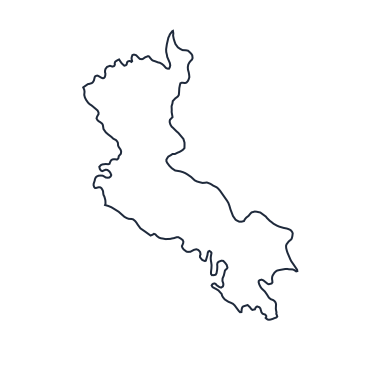 outline of Beshankovichy, Vitebsk, Belarus, rotated 55°
{"feature_id": "67162791B20127655381780", "entity_name": "Beshankovichy", "entity_type": "district", "adm_level": 2, "iso_a3": "BLR", "parent_name": "Belarus", "parent_adm1": "Vitebsk", "projection": "robinson", "projection_center": [29.528, 55.058], "detail": "fine", "context": "isolated", "style": "outline", "palette": "slate", "viewbox_px": 384, "rotation_deg": 55, "n_neighbors": 0, "source": "geoboundaries", "source_scale": "gbopen_adm2", "svg_char_len": 6010}
<svg xmlns="http://www.w3.org/2000/svg" viewBox="0 0 384 384"><g transform="rotate(55 192 192)"><path d="M273.9,137.6L270.4,140.4L268.3,141.7L264.8,143.4L262.0,144.2L260.3,144.8L256.4,145.5L254.5,145.6L248.0,147.8L245.2,150.4L244.0,151.8L242.9,154.9L243.2,156.6L244.0,159.4L244.1,162.2L244.7,164.4L245.6,166.1L244.7,168.5L243.3,170.4L240.9,171.7L239.7,172.2L235.2,172.2L228.4,170.5L224.9,169.3L221.9,168.5L219.3,168.3L207.1,168.3L204.2,168.6L202.3,169.1L198.7,171.1L197.3,171.6L195.8,172.3L194.4,173.2L192.7,174.4L191.8,176.2L190.6,178.2L188.3,180.2L186.2,181.9L184.0,183.1L179.2,184.1L174.9,185.7L172.7,186.7L170.6,188.0L168.3,189.8L164.7,193.5L161.0,194.9L157.6,195.5L153.8,195.6L152.1,195.3L150.8,194.4L150.0,192.7L149.4,191.1L149.7,188.1L149.7,186.2L151.1,184.1L151.5,181.3L152.0,179.2L152.2,177.0L152.2,175.1L151.7,173.0L148.7,170.8L147.2,169.8L143.6,168.6L135.7,169.3L133.4,169.9L128.3,170.8L126.8,171.2L124.3,171.0L122.2,170.3L121.1,169.6L120.2,168.6L119.5,165.0L114.8,162.8L113.4,161.7L110.0,159.5L108.3,157.3L106.5,155.6L105.7,151.9L105.7,150.3L105.6,148.7L104.9,147.1L102.9,145.4L99.6,142.8L97.5,140.6L96.3,139.2L96.6,137.7L97.5,136.6L98.7,135.3L99.2,133.8L98.7,131.7L97.8,130.1L96.4,128.3L94.3,127.1L92.2,126.1L89.4,125.1L87.3,123.8L85.5,122.0L84.4,119.9L83.8,117.8L83.5,116.0L82.6,114.7L80.2,113.4L78.7,113.3L76.6,113.6L74.0,114.2L72.6,115.5L70.3,118.4L68.0,119.6L65.4,120.6L61.4,120.7L58.8,120.0L56.0,119.1L53.1,117.8L51.3,116.3L49.1,115.2L49.0,116.0L49.4,117.2L50.2,119.8L51.0,120.9L52.0,122.8L56.6,127.9L60.2,131.3L62.5,132.8L65.5,134.0L67.1,134.8L73.7,136.2L75.8,137.2L77.1,138.7L77.8,140.1L76.8,141.4L75.4,142.2L71.9,142.6L69.8,143.2L67.6,144.3L66.5,145.4L63.8,147.2L62.0,148.6L60.8,149.1L57.9,149.4L56.5,149.4L55.5,150.1L55.3,151.1L54.8,153.0L54.8,155.9L54.5,156.8L53.2,158.3L52.2,158.6L48.0,159.3L46.6,160.3L46.0,161.1L45.7,162.3L47.0,164.1L48.2,165.1L50.5,166.0L50.7,167.0L49.3,167.6L48.8,168.1L48.3,169.5L48.5,170.7L50.1,172.5L50.2,173.5L49.7,175.0L48.1,175.4L46.1,175.8L43.7,175.8L41.6,175.7L41.5,176.3L41.3,177.6L41.2,179.6L41.3,180.3L42.2,181.5L43.4,182.1L44.1,183.3L44.1,183.9L43.6,185.3L41.6,186.8L40.8,189.8L41.2,191.1L41.6,192.3L42.6,193.5L43.9,194.5L45.3,195.0L46.7,196.1L47.8,197.5L48.1,198.5L47.8,199.7L46.6,200.6L44.0,201.8L42.5,202.6L42.0,203.5L41.7,204.8L42.1,205.8L44.3,208.3L45.0,209.7L45.3,210.8L45.3,211.7L44.5,214.2L44.0,215.1L43.9,215.8L43.9,217.3L43.9,218.7L43.9,221.1L46.4,221.6L48.2,222.5L50.7,224.6L53.1,225.5L55.8,225.9L59.2,225.9L61.3,225.5L63.5,224.6L68.7,223.2L71.1,222.6L73.3,223.0L74.6,223.9L75.3,225.5L76.0,226.8L77.0,228.0L78.8,228.2L80.4,227.9L82.2,227.1L84.5,226.4L86.0,226.6L89.7,228.4L93.7,228.4L96.6,227.7L100.7,226.4L103.2,225.9L105.8,224.5L107.7,224.3L109.2,224.5L111.6,225.9L113.1,226.2L116.2,226.2L118.0,226.7L119.0,227.5L119.9,228.4L120.6,231.4L122.1,232.9L122.4,234.0L122.4,234.9L121.7,235.5L120.4,237.1L119.7,238.5L119.6,239.8L120.0,240.9L120.6,242.0L121.6,243.4L121.2,244.7L119.6,246.6L118.0,249.6L117.7,251.2L118.2,253.5L120.3,254.3L122.1,254.3L123.4,253.6L123.6,253.0L123.8,251.7L124.3,249.8L125.5,248.6L127.8,247.9L129.5,247.9L131.8,248.4L132.6,249.7L132.7,251.5L132.0,252.8L130.7,254.3L128.1,255.4L127.3,255.9L126.2,257.3L125.1,259.1L124.7,260.8L124.8,262.4L125.8,264.1L126.8,265.1L128.9,267.9L130.1,268.8L131.9,269.3L133.2,269.1L133.8,268.0L134.2,266.7L134.7,265.5L135.7,264.4L136.9,264.0L138.8,264.1L140.3,264.4L142.8,265.8L143.8,266.2L145.4,266.4L146.9,266.9L148.8,267.6L149.9,268.2L152.0,269.6L152.8,270.7L155.4,268.6L158.2,266.8L160.7,265.7L166.1,263.4L173.6,261.6L176.0,260.4L177.7,259.2L179.5,256.9L180.7,255.9L183.3,255.2L185.4,255.1L187.5,255.2L192.2,255.1L197.3,253.2L203.9,250.9L204.4,248.7L204.4,247.2L205.7,246.3L208.0,246.0L210.6,245.1L212.1,244.0L213.4,242.6L215.4,240.7L218.0,236.6L218.5,235.2L219.5,233.1L219.7,232.3L220.3,230.4L221.2,229.1L223.8,227.9L226.0,227.2L227.6,227.5L228.7,228.4L229.8,230.0L230.5,231.3L232.0,231.8L234.2,231.8L237.7,230.7L238.6,229.8L240.0,227.7L240.2,226.1L240.5,223.6L241.4,221.3L242.9,220.2L244.2,219.9L245.9,219.8L248.0,220.8L248.7,221.9L249.9,222.8L251.3,222.8L253.5,222.6L254.7,221.9L256.0,221.0L256.2,220.1L252.6,215.6L250.9,214.0L250.1,212.7L250.3,211.5L252.1,210.9L253.1,211.0L255.8,213.7L257.2,214.8L259.3,216.0L260.8,216.7L263.1,217.9L265.7,219.9L268.5,222.4L270.0,223.4L271.5,223.4L272.6,221.9L273.3,220.1L272.6,218.5L270.0,215.9L267.7,214.1L265.6,212.8L264.7,211.7L264.4,210.4L264.7,208.9L265.2,207.2L266.4,205.9L269.1,205.5L271.6,205.4L274.2,206.3L274.7,207.0L275.2,210.0L277.2,212.2L278.7,213.9L280.3,216.5L282.3,218.1L284.8,218.8L286.1,219.6L287.1,220.9L287.0,223.0L285.6,224.1L283.7,224.8L282.4,225.3L281.1,225.3L279.9,225.9L279.3,227.2L279.3,228.4L279.8,229.5L281.3,229.7L282.2,229.5L285.5,227.8L287.8,226.8L292.6,226.2L294.1,226.8L296.0,227.0L298.7,226.8L301.0,225.9L302.9,225.1L304.7,223.9L307.0,222.6L309.3,222.1L316.3,221.9L318.0,221.6L318.7,220.4L316.4,218.4L315.3,217.0L315.1,215.7L315.5,214.4L316.5,211.3L319.7,210.6L321.6,210.6L323.2,210.2L324.2,207.8L323.1,206.0L323.1,204.3L325.1,202.9L326.6,202.8L330.4,204.1L332.2,204.0L334.5,202.3L336.2,202.3L337.1,203.0L337.4,203.9L338.5,203.7L339.5,203.3L340.1,203.0L340.8,202.2L341.5,200.9L342.3,198.5L342.4,197.7L343.2,194.8L342.9,193.6L341.1,193.0L340.2,192.9L339.0,191.8L337.1,191.0L335.6,190.2L334.3,189.2L332.1,187.5L330.3,186.9L328.6,187.0L327.1,187.5L324.9,189.0L322.6,189.6L318.8,189.4L315.3,189.4L310.9,190.3L308.9,190.3L306.3,189.9L304.2,189.2L303.2,188.4L303.0,187.3L303.7,185.3L305.4,184.2L310.6,182.7L311.6,182.0L312.6,179.3L312.2,178.0L310.9,177.2L309.1,176.3L307.6,175.1L306.7,173.9L305.4,170.8L305.1,168.5L305.2,167.3L306.0,165.3L308.5,159.9L309.6,158.2L311.0,156.8L313.1,154.0L314.6,153.0L316.8,152.2L317.2,151.1L316.0,150.5L310.0,150.4L305.7,150.4L303.6,150.1L296.5,148.6L294.5,148.0L291.9,147.0L290.0,145.8L289.1,144.6L288.0,141.2L287.7,137.8L287.1,136.7L285.7,135.1L283.6,133.2L282.3,132.9L281.2,132.9L279.7,133.1L277.8,134.2L276.3,135.3L273.9,137.6Z" fill="none" stroke="#1e293b" stroke-width="2"/></g></svg>